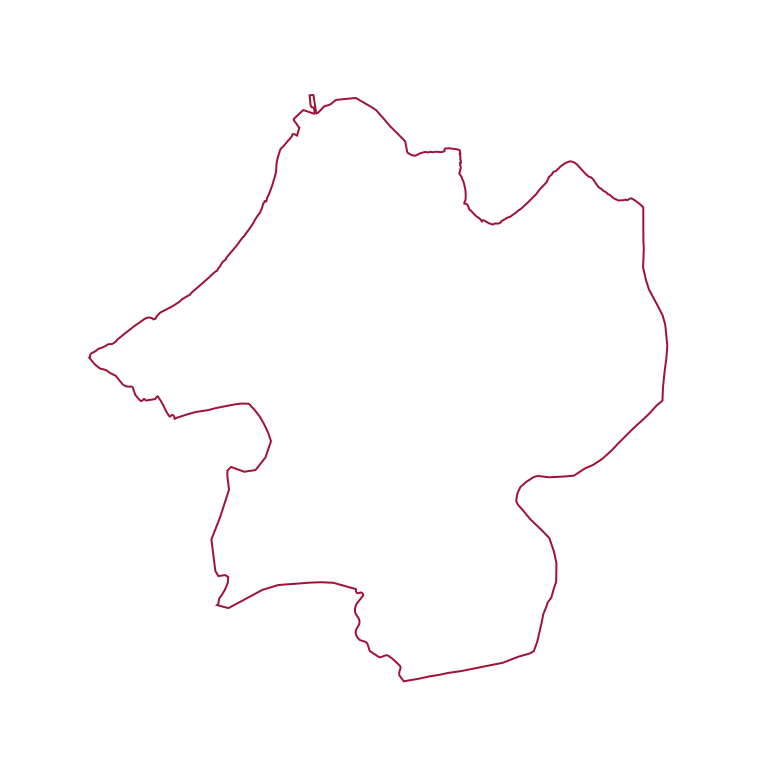 Mueang Pattani, Pattani, Thailand (Equal Earth projection), rotated 351°
{"feature_id": "78962969B73457350824483", "entity_name": "Mueang Pattani", "entity_type": "district", "adm_level": 2, "iso_a3": "THA", "parent_name": "Thailand", "parent_adm1": "Pattani", "projection": "equal_earth", "projection_center": [101.257, 6.854], "detail": "fine", "context": "isolated", "style": "outline", "palette": "rose", "viewbox_px": 768, "rotation_deg": 351, "n_neighbors": 0, "source": "geoboundaries", "source_scale": "gbopen_adm2", "svg_char_len": 6145}
<svg xmlns="http://www.w3.org/2000/svg" viewBox="0 0 768 768"><g transform="rotate(351 384 384)"><path d="M667.7,250.1L666.7,248.6L664.1,245.6L661.3,242.6L658.6,240.2L656.9,239.2L655.8,239.4L653.4,240.4L652.3,240.3L651.2,239.6L649.2,239.9L644.1,239.4L642.5,238.1L642.1,238.1L641.3,237.6L639.4,235.9L636.6,232.5L635.7,232.0L635.0,231.8L634.1,230.3L633.0,229.1L631.1,227.8L628.9,224.9L627.9,224.4L626.3,222.4L624.6,219.0L623.0,215.4L622.0,213.8L621.0,212.5L618.3,210.9L615.1,206.8L609.1,197.5L607.3,195.7L605.5,194.2L603.9,193.7L602.6,193.1L597.6,194.2L596.7,194.7L595.9,195.0L594.4,195.8L592.6,196.6L590.1,198.5L589.3,198.9L588.0,200.1L586.4,200.7L585.3,200.7L583.9,201.5L583.4,202.0L583.0,202.8L582.2,203.6L580.3,204.6L579.4,205.3L578.4,206.9L575.8,210.4L568.2,216.2L564.0,220.3L554.5,227.2L547.2,232.1L543.4,233.9L541.1,235.4L536.1,237.8L535.4,238.3L534.9,238.6L532.9,238.8L531.0,239.3L529.5,240.1L527.7,240.6L526.7,241.2L525.6,241.3L525.3,241.6L524.9,242.5L523.2,243.2L521.5,243.4L519.4,242.9L518.4,242.9L517.9,242.9L517.1,243.4L516.3,243.5L513.2,241.9L509.7,239.3L508.6,238.3L507.7,237.8L506.9,237.8L506.4,238.1L506.2,238.7L505.8,238.5L505.6,237.4L505.1,236.5L503.7,234.9L501.6,233.0L499.1,229.7L496.9,226.2L496.2,225.8L495.4,224.3L495.3,223.1L494.6,220.5L493.9,219.3L493.2,218.8L491.6,218.5L491.8,217.0L492.6,216.2L493.1,215.3L493.5,214.3L494.3,210.0L494.7,206.2L494.7,204.2L494.4,198.7L494.0,196.0L493.4,194.2L493.1,192.1L491.3,187.7L492.0,186.2L492.4,185.9L492.8,184.0L493.5,183.1L493.6,182.7L493.7,182.0L493.5,179.1L493.6,178.7L494.0,178.6L494.1,178.3L493.7,177.3L494.6,177.1L494.7,176.9L494.8,174.8L494.4,174.4L494.4,173.9L494.8,172.8L494.8,172.3L495.1,171.7L495.1,171.2L494.7,169.3L494.8,168.9L495.4,168.8L495.4,168.3L495.0,168.1L495.4,167.0L495.4,165.1L493.8,164.0L491.9,163.3L485.6,161.5L481.4,160.9L480.5,161.7L480.2,163.4L478.6,163.9L476.7,164.0L473.0,163.0L471.0,162.7L468.9,162.8L466.1,162.0L465.2,162.0L464.1,162.2L460.5,161.2L455.2,161.9L453.0,162.8L450.7,163.4L448.3,162.8L445.7,161.2L443.5,159.2L443.2,158.1L442.9,148.2L442.4,146.9L430.6,130.7L424.1,120.1L422.5,117.8L419.4,112.7L418.9,112.0L417.6,111.1L416.6,109.9L402.2,98.1L401.2,97.3L399.9,97.0L381.2,95.9L379.3,96.8L375.3,99.2L373.5,99.8L369.5,100.2L367.9,100.6L366.4,102.0L361.0,105.9L359.8,106.2L359.4,105.6L359.5,88.0L359.3,87.5L358.6,87.3L355.6,87.3L355.6,90.0L355.1,96.3L355.3,98.1L355.8,99.3L357.3,99.7L357.9,100.7L358.0,102.3L358.0,104.5L357.8,105.6L357.5,106.1L357.3,106.2L348.2,101.3L347.0,100.9L336.2,108.2L336.1,108.5L336.2,109.0L336.8,110.6L338.3,113.3L338.8,114.6L339.9,116.9L340.5,117.6L337.0,125.0L335.2,123.7L333.4,122.9L332.8,122.9L331.7,124.9L328.9,127.6L327.8,128.2L321.8,133.5L319.0,135.4L317.9,136.7L316.9,139.0L314.7,143.4L313.0,147.4L312.2,150.1L310.9,156.2L310.2,158.6L304.6,170.6L300.0,178.7L298.1,181.2L297.4,182.5L296.5,185.0L296.1,185.3L295.5,184.8L295.0,184.7L294.7,184.9L292.8,187.3L290.9,191.3L288.0,195.8L286.2,197.3L282.8,201.0L280.2,204.4L277.2,207.8L270.3,214.6L269.1,216.1L267.5,217.1L264.7,219.6L264.3,220.1L260.4,224.0L249.2,233.6L247.5,235.4L247.5,236.0L247.1,236.4L244.5,237.7L242.8,239.1L240.2,242.5L238.3,243.9L237.6,244.9L237.1,245.9L235.1,246.6L232.4,248.2L227.4,251.7L208.5,263.5L205.9,265.7L202.9,266.6L200.0,267.8L197.5,268.9L194.5,270.9L186.5,274.4L174.0,278.5L170.0,281.7L168.5,283.8L166.3,284.1L165.9,283.4L165.1,282.6L163.2,281.8L161.8,281.5L159.8,281.6L157.5,282.4L152.5,284.8L151.3,285.5L148.4,286.7L135.7,293.7L127.7,298.4L125.5,300.3L123.1,301.4L121.6,302.0L118.5,301.6L117.0,301.8L115.9,302.5L113.3,303.4L109.7,304.3L107.6,304.5L104.1,306.5L100.1,307.8L98.8,308.7L98.4,309.4L98.0,310.4L97.9,311.4L97.0,311.8L100.8,318.4L101.9,319.9L105.7,324.1L106.9,324.8L109.2,325.6L111.0,326.5L111.9,327.1L115.5,330.5L120.0,333.7L120.5,334.3L125.6,343.1L126.4,344.0L127.8,345.2L129.0,346.0L131.1,346.6L134.1,347.0L135.0,347.6L135.4,348.8L136.6,355.7L139.0,359.8L140.5,362.0L141.1,362.7L141.8,362.8L142.4,362.7L144.4,361.3L144.8,361.3L145.2,361.5L145.8,362.7L146.5,363.1L154.9,363.1L155.5,363.0L156.3,362.5L157.4,361.2L157.9,360.8L158.2,360.7L158.8,361.1L160.9,365.9L162.8,370.9L164.6,377.2L166.9,382.2L167.2,382.6L167.7,382.7L169.0,381.8L169.7,381.5L170.6,381.7L171.1,382.1L171.5,382.9L171.8,384.0L171.8,385.6L174.8,384.8L183.7,383.4L193.5,382.2L203.5,382.3L208.2,382.1L213.7,381.5L232.9,380.8L240.1,381.0L245.6,382.0L247.5,382.5L252.3,389.6L256.4,397.2L259.5,405.6L262.0,414.3L263.4,422.5L263.2,423.3L255.4,438.0L243.6,448.9L232.2,448.8L219.9,442.0L215.8,445.1L214.9,450.0L214.4,464.1L201.1,490.3L189.2,510.5L188.2,542.3L190.4,547.8L197.3,547.9L200.0,550.3L198.6,555.9L194.5,562.6L190.4,567.4L187.9,569.7L185.8,575.4L184.5,576.3L195.3,581.0L231.8,568.3L248.2,566.0L279.6,568.6L290.5,569.9L302.8,572.4L324.2,582.2L324.0,583.9L324.0,584.8L324.3,585.7L324.7,586.3L325.4,586.6L328.7,586.3L329.5,586.8L330.2,587.9L330.5,588.8L330.4,589.4L330.3,589.7L322.6,596.8L321.7,598.0L320.2,601.2L319.9,603.4L319.8,604.9L319.9,605.8L320.1,606.7L322.0,610.9L322.4,612.1L322.7,613.8L322.6,615.2L322.2,616.5L321.6,617.8L318.3,621.9L317.4,623.6L317.1,625.9L317.2,627.2L317.7,629.3L318.5,630.9L320.2,633.2L325.2,635.7L326.3,636.7L327.1,638.4L327.9,643.9L328.2,645.2L328.7,646.0L336.2,652.8L336.9,653.2L338.2,653.3L343.4,652.2L344.1,652.3L345.2,652.7L346.0,653.3L349.1,656.4L353.6,662.0L355.7,665.1L356.1,666.1L355.9,667.1L354.2,670.6L353.8,671.9L353.6,674.0L353.8,674.7L357.0,680.7L371.0,680.6L383.5,679.9L393.5,679.9L401.8,679.4L415.5,679.6L457.9,677.9L474.3,674.3L485.5,673.0L490.1,671.4L495.0,662.6L502.4,644.3L505.2,636.5L509.4,629.5L511.5,625.4L515.8,621.2L519.4,613.4L523.1,606.2L525.0,595.6L526.3,587.5L525.6,575.9L523.2,562.0L516.4,552.4L507.3,540.5L501.5,530.5L497.3,524.0L496.3,520.1L498.6,512.9L502.6,507.1L509.0,503.0L517.4,499.3L521.5,498.9L532.7,502.0L549.2,503.7L557.3,504.2L569.3,498.8L577.6,496.7L587.5,492.3L598.5,485.2L605.4,479.8L621.1,468.4L627.3,464.1L633.2,460.4L642.2,454.1L649.7,448.0L656.4,444.0L659.1,430.6L663.2,415.2L666.8,403.2L669.8,390.5L670.6,377.8L671.0,368.9L669.9,359.7L666.8,350.2L660.5,332.1L659.1,322.9L658.1,309.5L661.7,291.3L662.7,282.5L667.7,250.1Z" fill="none" stroke="#9f1239" stroke-width="2"/></g></svg>